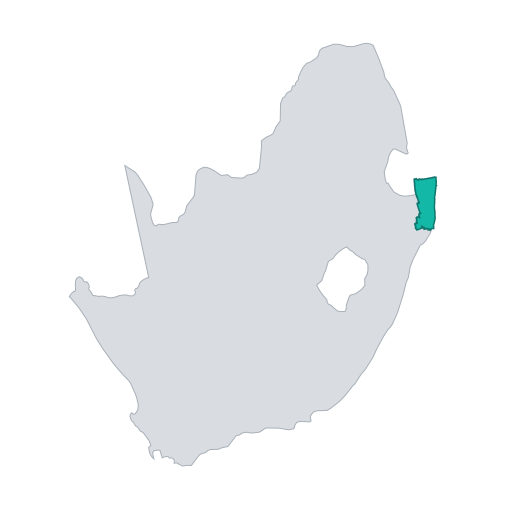 Umkhanyakude, KwaZulu-Natal, South Africa shown in context, rotated 350°
{"feature_id": "47623444B87808740966359", "entity_name": "Umkhanyakude", "entity_type": "district", "adm_level": 2, "iso_a3": "ZAF", "parent_name": "South Africa", "parent_adm1": "KwaZulu-Natal", "projection": "equal_earth", "projection_center": [32.054, -27.662], "detail": "fine", "context": "in_parent", "style": "filled", "palette": "teal", "viewbox_px": 512, "rotation_deg": 350, "n_neighbors": 0, "source": "geoboundaries", "source_scale": "gbopen_adm2", "svg_char_len": 7951}
<svg xmlns="http://www.w3.org/2000/svg" viewBox="0 0 512 512"><g transform="rotate(350 256 256)"><path d="M356.8,63.0L369.4,60.9L375.1,62.1L382.0,65.5L388.4,66.7L399.2,65.5L402.9,66.0L405.8,67.2L408.0,69.0L411.1,82.5L413.8,96.9L413.8,101.5L414.1,103.3L417.2,109.3L418.4,113.1L420.1,116.2L424.1,131.5L424.5,134.2L424.5,171.0L423.0,175.4L423.7,181.2L421.9,181.9L411.2,174.6L409.3,174.8L406.3,177.6L403.5,181.9L402.3,185.6L396.9,195.4L396.6,201.7L397.1,207.0L398.8,207.2L400.1,211.1L403.1,217.2L408.0,221.1L412.5,222.9L418.9,223.4L423.9,223.2L423.6,219.1L424.8,208.0L433.1,209.4L445.5,209.0L444.6,216.2L440.1,232.6L437.3,251.0L433.6,260.2L431.5,264.0L425.5,270.7L422.4,273.0L419.8,273.7L409.6,287.3L405.8,293.9L402.4,303.4L399.1,308.6L394.2,319.7L385.7,336.1L378.5,346.8L375.3,349.9L373.2,351.3L367.5,357.5L359.5,367.5L353.4,376.3L344.3,386.3L339.0,390.7L331.1,399.2L328.9,400.5L320.0,408.5L313.6,413.3L303.3,418.9L299.2,420.4L289.2,419.0L285.1,419.8L281.7,423.1L281.5,428.0L280.1,428.7L270.9,426.5L267.1,426.9L265.0,429.4L263.3,432.7L258.1,432.9L248.7,429.5L237.7,427.4L235.2,427.2L230.0,429.7L228.1,430.1L220.4,429.5L216.0,427.9L211.9,427.9L208.8,429.3L205.1,429.7L195.1,438.8L189.8,438.8L185.3,439.8L177.1,438.6L174.7,439.2L172.4,440.8L166.9,441.5L164.8,442.8L155.9,451.1L152.1,450.2L147.2,450.1L141.5,445.7L139.4,446.0L139.9,444.7L140.0,442.4L137.9,440.0L135.8,440.1L134.5,438.1L131.2,437.9L128.6,438.5L127.7,430.9L126.3,430.1L123.0,430.0L121.4,430.2L120.7,430.9L119.9,432.7L120.2,438.0L119.0,436.5L117.5,433.3L116.9,429.9L117.1,425.8L119.6,424.3L118.6,419.2L114.2,410.3L111.7,408.4L109.6,403.9L107.7,402.2L106.7,399.0L104.8,396.5L104.0,392.4L104.8,390.1L106.4,388.8L108.1,390.8L110.1,390.1L112.8,387.1L114.2,382.7L114.0,375.6L113.3,371.1L110.4,359.6L109.2,356.9L103.7,348.7L97.1,337.6L88.7,320.0L84.5,309.5L77.9,288.1L72.5,276.0L65.9,264.6L65.1,263.9L66.0,262.5L69.0,259.9L70.5,259.2L71.3,259.5L72.0,258.8L72.6,257.0L73.0,253.0L74.3,248.7L75.5,246.9L78.3,245.7L80.6,247.3L81.5,248.9L82.0,250.9L83.0,251.9L84.5,251.9L85.7,253.1L86.4,255.7L86.4,257.6L85.6,258.8L85.8,260.3L87.0,262.2L88.4,266.4L94.3,268.5L97.6,268.8L100.7,269.9L103.8,271.7L108.6,272.2L115.2,271.2L120.8,271.6L125.2,273.5L128.3,273.8L130.2,272.6L131.0,271.0L130.6,268.8L131.5,267.5L133.7,266.9L135.4,265.2L136.6,262.6L139.5,260.4L144.3,258.7L146.6,258.7L142.5,144.1L151.3,152.1L153.5,155.8L158.0,166.6L162.7,179.9L163.6,186.3L163.5,187.7L159.4,196.4L159.4,200.6L160.1,205.7L161.2,208.2L162.5,209.0L165.5,207.8L170.2,209.1L179.1,208.5L183.6,209.2L184.7,208.8L185.7,207.7L186.8,204.7L187.8,203.7L191.9,202.4L193.7,200.6L196.5,194.6L205.1,186.6L206.1,184.7L211.1,165.5L212.8,162.8L215.2,160.9L220.1,159.5L223.0,160.3L226.1,162.0L229.7,164.8L235.0,170.0L236.8,170.8L242.1,171.0L245.4,174.4L255.2,176.8L258.0,176.7L261.0,174.8L266.0,174.9L271.4,173.6L274.6,170.2L280.5,149.1L281.1,144.5L281.8,143.2L286.9,140.8L293.2,139.0L294.4,138.0L298.2,132.1L303.3,127.2L306.6,110.3L308.9,106.3L310.3,104.6L311.2,104.6L312.5,103.5L314.2,101.4L316.2,100.2L318.6,99.7L320.1,98.3L320.8,96.0L321.9,94.9L323.7,95.0L324.6,94.2L324.9,92.7L328.7,89.1L328.7,87.6L330.9,84.0L335.2,78.3L339.2,75.1L343.0,74.5L350.0,71.5L352.5,68.8L354.1,65.1L356.8,63.0ZM347.6,310.4L353.7,307.6L358.1,303.9L359.1,297.2L362.5,293.1L363.8,289.3L364.7,284.0L362.6,278.4L359.7,276.8L354.5,272.0L352.2,268.8L349.1,266.0L346.8,262.8L343.3,263.8L337.8,266.5L334.4,268.9L331.5,271.8L326.4,273.8L321.7,283.0L320.1,285.0L316.5,291.7L311.0,294.9L310.9,296.1L312.8,301.5L315.5,306.9L318.2,311.3L318.1,314.0L319.0,316.1L321.4,317.6L325.5,323.0L327.5,324.8L333.6,326.1L334.5,325.7L336.1,322.5L336.3,320.2L340.3,313.1L342.0,310.9L347.6,310.4Z" fill="#d9dde1" stroke="#a8b0b8" stroke-width="1"/><path d="M434.0,259.4L435.8,259.8L435.9,258.8L436.1,258.1L436.1,257.9L436.0,257.3L436.0,257.0L436.1,256.8L436.3,256.1L436.6,255.6L437.1,254.5L438.0,252.5L438.6,251.0L439.0,249.8L439.1,249.1L439.1,248.4L439.2,247.6L439.6,245.3L439.7,244.4L440.0,242.9L440.0,242.5L439.9,242.4L439.9,241.7L440.1,239.6L440.3,238.3L440.5,237.3L440.6,236.6L440.8,235.9L441.0,235.4L441.1,235.0L441.2,234.6L441.2,234.4L441.4,233.5L441.5,232.5L441.8,231.6L441.9,231.1L442.0,230.8L442.0,230.5L441.9,230.4L441.8,230.2L441.8,229.9L441.9,229.6L442.4,228.2L442.7,227.6L442.9,226.9L443.1,226.2L443.3,225.4L443.4,225.1L443.6,224.7L443.6,224.3L443.9,223.5L444.1,223.1L444.1,222.9L444.1,222.7L444.1,222.4L444.6,221.4L444.6,221.1L444.9,220.1L444.9,219.9L444.9,219.6L445.4,218.5L445.5,218.4L445.4,218.4L445.4,218.2L445.6,217.7L445.7,217.3L445.7,217.2L445.9,216.5L445.9,216.4L445.9,215.9L446.2,215.3L446.2,215.1L446.2,214.8L446.4,214.4L446.3,214.1L446.3,213.9L446.5,213.5L446.5,213.2L446.6,212.9L446.6,212.7L446.5,212.4L446.6,211.7L446.7,210.8L446.7,210.5L446.9,209.7L445.6,209.3L444.9,209.5L443.7,209.5L442.9,209.4L441.8,209.6L440.8,209.6L438.1,209.5L433.0,209.5L433.0,209.2L432.9,209.2L432.8,209.3L432.6,209.5L432.5,209.2L432.3,209.1L432.1,209.2L431.8,209.1L431.6,209.1L431.4,209.0L431.0,209.0L430.9,209.0L430.8,208.9L430.7,208.7L430.4,208.7L430.0,208.5L429.9,208.6L429.7,208.7L429.7,208.9L429.7,209.0L429.2,209.4L428.7,209.3L428.5,209.2L428.2,209.0L428.2,208.8L427.8,208.7L427.7,208.7L427.4,208.1L427.3,207.8L427.2,207.6L426.9,207.7L426.5,207.8L426.4,207.8L426.3,208.0L426.1,208.1L425.9,208.0L425.8,207.9L425.7,207.7L425.3,207.7L425.1,207.8L425.2,208.1L424.9,210.7L424.8,211.3L424.9,211.8L424.5,213.7L424.6,213.9L424.5,214.9L424.4,216.5L424.3,217.3L424.3,217.5L424.3,217.8L424.3,218.3L424.3,220.6L424.3,223.4L424.3,223.5L424.5,223.6L424.6,223.9L424.7,224.4L424.6,224.5L424.6,224.9L424.5,225.2L424.7,225.3L424.6,225.6L424.9,225.6L425.0,226.2L425.0,226.8L425.1,227.8L425.2,228.0L425.2,228.5L425.2,229.0L425.3,229.3L425.4,229.7L425.6,230.0L425.6,230.6L425.8,230.7L425.9,230.9L425.9,231.0L426.0,231.5L426.0,231.9L425.8,232.2L425.7,232.0L425.4,232.1L425.2,232.2L424.8,231.8L424.7,231.7L424.6,231.8L424.5,232.1L424.4,232.3L424.1,232.2L423.9,232.1L423.8,232.3L423.9,232.5L423.8,232.9L423.7,233.0L424.8,241.2L425.6,242.6L425.4,242.7L425.2,242.6L424.9,242.7L424.7,242.6L424.5,242.8L424.4,242.8L424.2,242.6L423.9,242.8L423.9,243.0L423.8,243.5L423.7,243.5L423.5,243.8L423.4,244.0L423.5,244.2L423.5,244.4L423.6,244.6L423.6,244.8L423.7,245.0L423.7,245.3L423.7,245.5L423.6,245.8L423.5,246.0L423.6,246.3L423.2,246.0L423.2,245.8L423.0,245.6L422.9,245.6L422.7,245.6L422.6,245.8L422.4,245.9L422.3,245.7L422.1,245.8L421.4,245.6L420.9,245.7L420.7,246.0L420.8,246.3L420.9,246.8L420.7,246.8L420.8,246.9L420.7,247.1L420.7,247.3L420.6,247.5L420.5,247.8L420.4,248.1L420.6,248.2L420.6,248.3L420.3,248.5L420.3,248.9L420.3,249.0L420.2,249.1L420.1,249.3L420.3,249.5L420.2,249.6L420.1,249.8L420.0,250.0L420.2,250.3L420.4,250.6L420.2,250.8L420.4,251.1L420.6,251.1L420.6,251.4L420.5,251.6L420.4,251.5L420.0,251.6L419.8,251.5L419.8,251.3L419.7,251.2L419.6,251.4L419.6,251.5L419.2,251.7L419.1,251.8L419.0,252.0L418.9,251.9L418.8,251.6L418.7,251.5L418.0,251.8L417.9,253.1L418.4,254.0L418.4,254.4L418.4,254.5L418.2,254.6L418.2,254.8L418.1,255.3L417.9,255.9L418.0,256.0L418.0,256.3L418.2,256.2L418.4,256.2L418.4,256.3L418.2,256.3L418.1,256.5L418.3,256.8L418.6,257.3L418.9,257.5L419.0,257.6L418.9,258.2L420.5,258.1L424.0,257.3L424.4,256.0L424.5,255.6L424.7,255.9L425.2,256.0L425.3,256.2L425.4,256.5L425.5,256.6L425.4,256.7L425.1,256.5L424.8,256.6L424.7,256.6L424.7,256.8L424.8,257.0L425.0,257.0L425.2,257.4L425.4,257.5L425.5,257.5L425.6,257.1L425.8,257.2L425.9,257.3L426.1,257.7L426.4,257.6L426.2,258.0L426.3,258.4L426.1,258.7L426.2,258.9L426.3,258.9L426.5,258.9L426.7,258.7L427.0,258.6L427.5,258.3L427.8,258.4L428.0,258.6L428.0,258.9L428.1,259.0L428.4,258.7L428.6,258.6L429.0,258.7L429.8,259.0L430.3,258.9L430.2,259.4L430.3,259.4L430.2,260.1L430.4,260.0L430.5,260.0L430.8,259.9L431.0,259.9L430.9,260.0L431.0,260.1L431.2,260.3L431.5,260.6L431.9,260.8L432.1,260.9L432.2,260.6L432.4,260.5L432.4,260.4L432.7,260.1L433.3,259.8L433.6,259.8L433.9,259.6L434.0,259.4Z" fill="#14b8a6" stroke="#0f766e" stroke-width="1.5"/></g></svg>